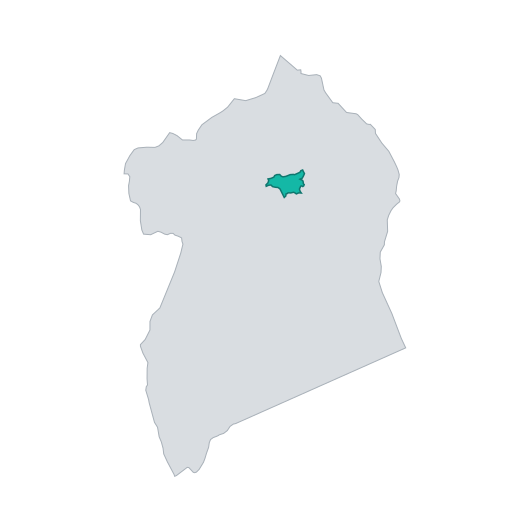 Alebtong on a map of Uganda (Mercator projection), rotated 336°
{"feature_id": "UGA-5606", "entity_name": "Alebtong", "entity_type": "District", "adm_level": 1, "iso_a3": "UGA", "parent_name": "Uganda", "parent_adm1": "", "projection": "mercator", "projection_center": [33.268, 2.239], "detail": "fine", "context": "in_parent", "style": "filled", "palette": "teal", "viewbox_px": 512, "rotation_deg": 336, "n_neighbors": 0, "source": "natural_earth", "source_scale": "10m", "svg_char_len": 3051}
<svg xmlns="http://www.w3.org/2000/svg" viewBox="0 0 512 512"><g transform="rotate(336 256 256)"><path d="M355.4,400.8L348.7,400.8L337.9,400.8L327.1,400.8L316.3,400.8L305.5,400.8L294.6,400.8L283.8,400.8L273.0,400.8L262.2,400.8L251.4,400.8L240.6,400.8L229.7,400.8L218.9,400.8L208.1,400.8L197.3,400.8L186.5,400.8L175.7,400.8L169.3,400.8L168.0,400.6L167.1,400.3L163.0,401.1L158.8,403.8L154.3,404.9L149.5,404.4L148.9,404.7L146.5,404.7L143.0,404.5L139.8,405.2L137.4,407.5L134.9,411.5L130.5,416.1L127.0,420.2L124.1,423.1L117.3,427.8L113.6,429.2L111.8,429.0L110.7,428.1L108.6,422.0L107.2,421.1L94.1,424.2L92.1,424.2L92.3,422.3L91.3,408.0L91.2,399.3L92.9,393.8L93.9,387.4L94.0,381.8L96.4,372.4L95.6,366.7L98.7,346.7L99.5,343.4L100.7,333.8L102.6,330.8L104.4,329.7L106.6,323.7L110.9,314.3L113.9,309.4L113.2,298.8L113.7,291.5L114.4,289.9L120.8,287.2L129.0,280.5L132.5,272.7L137.4,267.7L146.9,264.4L147.0,264.4L175.2,237.4L188.4,222.8L194.1,215.4L194.3,212.7L195.4,209.2L193.1,206.4L190.4,203.9L189.5,201.6L187.1,200.5L183.7,200.5L181.5,198.9L178.9,195.6L176.4,193.5L168.4,193.7L162.2,190.3L162.3,185.8L164.7,176.8L169.4,166.5L169.6,163.6L169.0,161.2L167.9,159.1L165.7,157.1L163.8,154.6L165.3,147.2L168.2,139.9L170.7,136.3L173.0,132.2L172.4,128.9L168.9,127.3L170.7,124.0L174.4,118.5L181.6,113.0L188.0,109.3L192.2,109.3L200.5,112.2L207.9,115.7L212.0,115.9L217.0,114.4L227.3,108.2L229.8,110.2L232.8,113.9L236.0,120.1L242.5,123.0L245.6,124.9L247.8,125.5L249.1,125.0L251.5,120.1L254.5,117.5L260.0,114.1L272.1,111.4L280.8,110.6L284.4,110.1L290.6,108.5L300.2,103.5L309.8,109.9L320.1,111.2L330.2,111.1L333.2,109.2L335.0,107.7L345.5,97.1L359.8,82.8L369.3,103.0L372.6,104.1L372.1,105.9L371.3,107.6L377.5,112.5L385.2,115.0L387.9,117.5L388.1,120.2L385.6,132.0L386.0,135.4L388.5,147.2L393.1,149.9L397.1,161.7L405.3,166.8L406.4,168.2L408.3,174.0L410.8,180.3L412.8,181.8L414.0,182.2L416.4,188.9L415.0,192.6L416.9,204.1L419.9,214.3L420.7,226.5L420.8,231.8L420.7,235.1L420.0,239.8L418.5,242.5L415.9,245.1L413.0,249.2L410.5,253.6L408.9,255.7L410.2,262.3L409.9,264.1L409.2,264.9L405.5,265.9L400.8,267.7L397.9,269.4L393.8,272.8L390.6,276.4L386.3,287.0L379.1,295.3L377.8,298.0L371.1,303.0L368.1,309.0L366.2,316.5L363.5,321.9L357.8,329.2L356.5,340.8L356.7,364.0L355.2,390.4L355.4,400.8Z" fill="#d9dde1" stroke="#a8b0b8" stroke-width="1"/><path d="M323.0,216.9L320.7,215.7L318.1,215.7L317.3,214.3L316.4,213.1L313.4,212.5L311.0,211.3L309.9,211.7L308.7,211.5L307.6,213.3L305.6,214.0L305.2,204.5L304.0,202.4L301.7,201.1L299.4,199.4L298.5,197.2L296.4,196.5L293.7,196.5L294.0,195.1L296.7,194.0L298.3,192.2L298.3,190.5L301.5,191.2L304.4,191.2L305.8,190.1L308.1,190.1L310.8,191.2L311.6,193.5L312.9,194.7L315.7,195.4L320.4,195.6L323.4,196.7L324.3,197.4L330.1,197.4L331.7,196.3L333.6,196.4L333.6,198.0L333.8,200.4L332.0,202.1L329.9,203.7L327.4,203.7L328.1,204.6L329.0,205.4L329.4,206.6L329.1,208.0L328.9,208.5L328.7,209.0L328.8,209.7L329.1,210.3L328.2,211.3L327.0,211.6L326.3,210.6L325.3,210.4L322.9,212.5L322.6,214.9L323.0,216.9Z" fill="#14b8a6" stroke="#0f766e" stroke-width="1.5"/></g></svg>